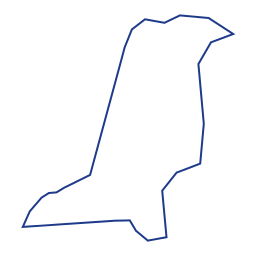 the border of Ngora
{"feature_id": "UGA-5590", "entity_name": "Ngora", "entity_type": "District", "adm_level": 1, "iso_a3": "UGA", "parent_name": "Uganda", "parent_adm1": "", "projection": "albers", "projection_center": [33.741, 1.488], "detail": "fine", "context": "isolated", "style": "outline", "palette": "blue", "viewbox_px": 256, "rotation_deg": 0, "n_neighbors": 0, "source": "natural_earth", "source_scale": "10m", "svg_char_len": 433}
<svg xmlns="http://www.w3.org/2000/svg" viewBox="0 0 256 256"><path d="M179.9,15.4L208.6,18.0L233.2,34.0L211.0,42.3L198.4,64.0L203.8,123.8L200.2,163.6L176.6,172.6L162.2,190.7L166.5,237.2L147.8,240.6L136.0,230.8L129.8,220.4L115.0,220.7L22.8,226.9L29.8,211.3L41.6,197.6L48.9,193.0L56.5,192.4L64.2,187.7L90.1,174.9L120.4,63.3L124.7,47.3L131.9,29.4L145.0,19.3L164.5,22.8L179.9,15.4Z" fill="none" stroke="#1e3a8a" stroke-width="2"/></svg>